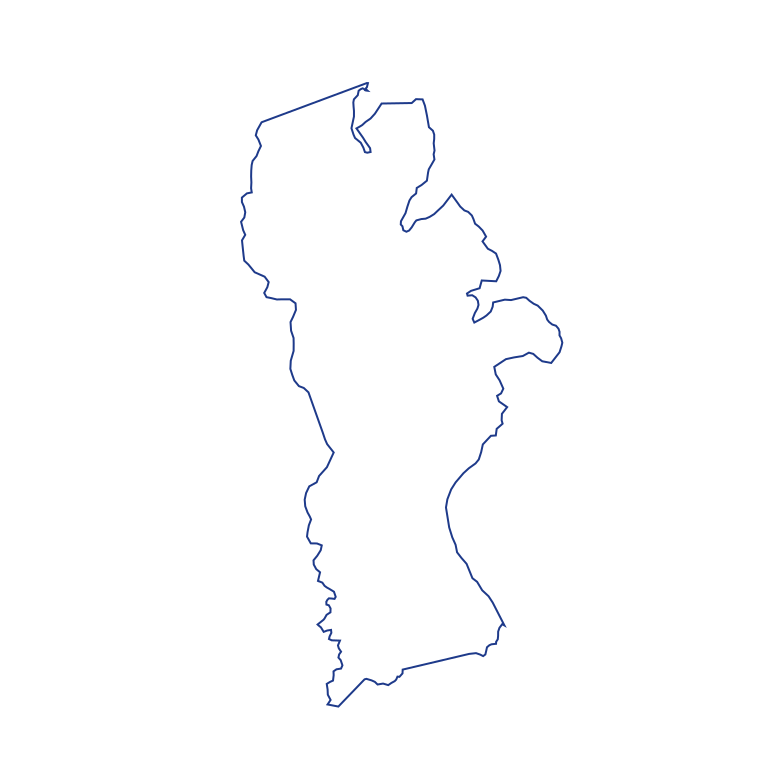 the district of Larut dan Matang, Perak, Malaysia, rotated 156°
{"feature_id": "92858781B7339413338476", "entity_name": "Larut dan Matang", "entity_type": "district", "adm_level": 2, "iso_a3": "MYS", "parent_name": "Malaysia", "parent_adm1": "Perak", "projection": "albers", "projection_center": [100.721, 4.813], "detail": "fine", "context": "isolated", "style": "outline", "palette": "blue", "viewbox_px": 768, "rotation_deg": 156, "n_neighbors": 0, "source": "geoboundaries", "source_scale": "gbopen_adm2", "svg_char_len": 4290}
<svg xmlns="http://www.w3.org/2000/svg" viewBox="0 0 768 768"><g transform="rotate(156 384 384)"><path d="M389.3,672.9L389.1,672.9L389.5,672.8L396.7,667.4L400.0,663.3L399.3,658.5L399.6,651.5L404.0,647.8L407.7,644.1L413.3,641.2L415.8,637.9L418.4,633.1L421.0,627.6L423.2,622.0L425.8,616.9L426.9,612.8L431.7,613.9L438.0,612.1L439.8,608.0L439.8,602.9L440.9,597.3L443.9,592.9L448.6,590.3L450.1,581.8L450.1,576.7L455.3,573.0L457.1,567.5L460.1,558.2L461.5,553.5L459.3,548.3L456.7,538.7L449.4,530.6L447.9,524.0L451.2,519.9L456.4,515.9L456.0,511.1L452.3,508.5L447.5,504.8L443.1,503.0L435.4,499.6L432.0,493.7L434.3,487.5L439.8,482.3L444.2,478.6L447.2,470.5L447.9,462.8L450.1,457.6L453.1,451.0L459.7,443.2L463.4,435.9L464.1,429.6L464.5,423.7L462.6,416.7L458.9,413.0L456.4,407.1L458.9,375.1L459.7,364.7L460.4,357.4L460.4,352.2L457.8,341.9L470.0,331.2L480.7,326.4L485.5,321.6L493.9,320.9L499.5,316.1L503.5,310.6L505.7,304.3L506.1,297.7L505.7,293.2L505.7,289.9L510.1,285.5L514.2,279.6L516.4,275.9L515.7,268.2L510.1,265.6L506.5,261.9L509.4,257.9L514.9,254.2L520.1,251.6L521.6,247.6L521.2,242.4L519.0,238.0L524.9,230.3L524.1,230.7L521.1,227.6L520.4,223.8L518.9,221.2L517.3,219.1L514.2,214.6L514.7,209.2L516.6,207.8L518.9,209.2L521.5,210.6L523.4,209.9L525.3,208.5L526.3,205.9L524.4,204.3L524.1,200.7L525.8,197.2L530.3,196.5L533.8,193.9L535.2,193.2L542.5,191.3L542.0,190.1L540.6,187.3L539.9,182.1L536.2,181.9L532.4,180.9L533.3,178.1L536.4,175.5L538.0,173.4L535.9,171.0L535.4,170.8L528.6,167.5L532.4,163.9L532.8,160.9L532.1,156.9L535.0,155.2L536.9,152.6L535.9,149.3L536.4,143.9L539.0,141.5L543.5,142.7L547.0,142.0L548.4,138.5L551.2,133.8L554.5,133.8L558.3,133.3L559.8,127.8L561.7,123.0L561.3,117.1L565.9,114.2L556.9,107.9L521.9,122.1L520.0,121.8L515.9,118.3L513.5,115.6L512.1,112.1L506.7,110.7L502.6,107.2L498.8,107.9L495.1,108.2L493.1,109.0L490.7,111.2L489.0,110.2L484.8,112.1L483.1,115.5L416.0,102.8L409.4,100.7L406.3,97.8L404.1,95.1L401.4,95.7L398.9,99.0L397.0,101.6L394.0,102.5L391.7,102.5L387.3,101.1L386.4,102.9L383.9,104.5L382.2,107.5L380.4,111.4L377.7,114.3L373.7,116.5L372.2,114.5L373.6,140.1L374.8,147.6L378.2,155.6L379.4,165.4L382.2,170.6L381.7,186.1L384.0,193.6L385.7,200.5L384.0,208.0L384.0,216.1L382.8,226.4L377.6,246.0L373.0,252.9L365.5,260.4L358.6,265.0L347.7,270.2L340.8,272.5L332.7,274.2L328.1,276.5L322.9,282.3L318.3,288.6L307.4,293.2L302.8,291.5L299.3,297.2L291.8,299.5L291.3,303.0L288.4,308.8L280.9,312.8L286.1,321.4L285.5,327.2L280.9,327.8L276.9,331.2L276.9,340.4L278.0,347.3L276.3,354.8L262.5,357.1L254.4,355.4L245.8,353.1L238.9,353.7L235.4,350.8L233.1,345.6L230.2,340.4L222.7,335.2L210.7,341.6L206.5,346.3L204.3,349.2L203.6,353.7L203.9,357.0L202.4,360.3L202.1,363.6L203.2,367.3L206.1,369.9L208.0,373.6L208.7,376.5L208.3,380.6L209.1,386.5L211.7,393.1L214.6,396.4L217.2,400.8L219.0,404.9L221.6,406.7L233.8,409.0L239.3,411.9L251.1,414.1L253.3,410.4L257.0,406.8L262.5,404.9L266.2,404.2L270.6,403.8L276.5,403.4L276.5,407.5L272.1,411.9L268.0,414.9L265.5,417.8L264.4,421.9L265.1,425.9L267.3,429.2L271.7,430.7L271.4,432.9L266.6,433.7L257.7,432.6L252.6,438.8L239.7,432.2L235.2,435.9L231.5,439.9L229.7,445.4L229.0,451.0L228.6,457.6L231.2,461.7L234.1,465.3L236.0,474.2L230.8,477.1L231.5,484.1L233.4,489.3L235.6,493.4L235.2,498.2L235.2,502.2L237.1,507.0L240.0,509.9L242.2,515.1L243.0,519.2L245.2,529.5L257.3,522.9L264.0,520.6L269.1,518.8L274.3,518.1L278.7,518.1L282.8,519.5L287.9,520.3L290.1,519.2L294.9,515.9L298.6,514.0L301.6,514.0L303.8,516.6L303.0,520.6L303.8,522.9L302.3,525.8L294.9,531.3L290.5,536.5L286.1,541.3L282.8,543.5L277.2,545.0L274.3,549.8L268.8,550.5L262.1,552.3L257.7,559.3L255.8,561.9L252.2,564.5L246.6,568.6L245.2,573.7L242.9,576.7L240.7,583.7L238.5,587.4L236.7,591.4L236.3,595.5L238.5,600.3L235.6,611.7L233.4,621.6L233.0,628.3L238.9,631.2L244.4,629.4L272.1,641.2L282.4,634.6L288.3,632.0L294.2,630.9L298.6,629.4L301.6,629.0L305.2,628.7L303.0,617.6L302.3,612.4L301.6,609.1L300.8,605.1L301.9,601.4L305.2,602.1L307.1,603.6L306.7,608.4L307.1,613.9L310.4,620.5L310.4,624.2L309.7,630.9L302.7,640.5L300.4,645.6L299.0,649.7L297.5,653.7L295.7,656.3L293.1,657.4L290.5,658.5L287.9,662.2L285.6,662.8L283.3,662.8L282.2,661.6L281.9,660.2L281.2,659.5L279.7,658.6L280.4,660.2L280.1,661.6L278.9,662.1L276.3,665.4L277.2,665.9L389.3,672.9Z" fill="none" stroke="#1e3a8a" stroke-width="2"/></g></svg>